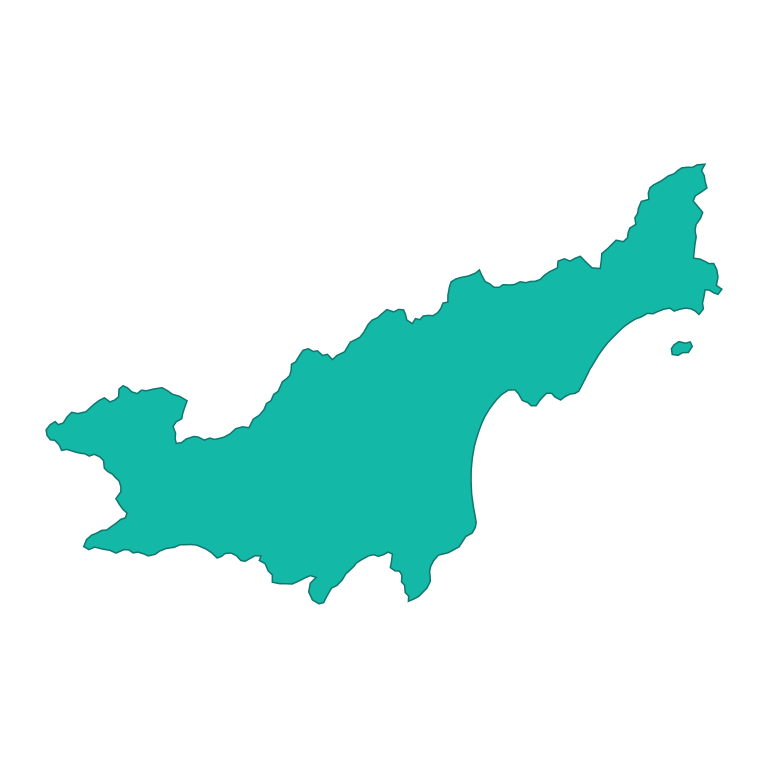 Caraguatatuba, São Paulo, Brazil (Albers equal-area conic projection)
{"feature_id": "56859067B58336972049996", "entity_name": "Caraguatatuba", "entity_type": "district", "adm_level": 2, "iso_a3": "BRA", "parent_name": "Brazil", "parent_adm1": "São Paulo", "projection": "albers", "projection_center": [-45.479, -23.62], "detail": "fine", "context": "isolated", "style": "filled", "palette": "teal", "viewbox_px": 768, "rotation_deg": 0, "n_neighbors": 0, "source": "geoboundaries", "source_scale": "gbopen_adm2", "svg_char_len": 4771}
<svg xmlns="http://www.w3.org/2000/svg" viewBox="0 0 768 768"><path d="M705.0,164.2L697.2,164.8L692.5,167.4L687.6,167.2L681.7,167.9L677.8,170.5L674.1,173.8L668.7,175.7L661.0,181.0L653.4,185.0L650.0,187.8L648.3,193.2L648.8,199.4L641.3,201.4L638.4,208.3L637.7,213.3L634.9,217.8L635.8,224.4L629.8,228.1L628.2,232.6L627.5,237.7L623.3,241.7L616.1,240.2L610.9,245.3L607.6,248.7L601.8,253.5L601.3,260.4L600.2,268.5L592.1,267.9L585.8,261.9L580.3,256.3L575.0,258.3L570.0,261.1L564.4,258.8L558.1,261.1L557.4,267.9L549.6,271.7L544.5,275.2L540.3,279.4L535.3,281.3L530.1,281.5L526.0,282.7L520.2,281.8L514.5,284.5L509.8,285.0L503.0,284.7L499.4,287.3L494.0,287.3L489.5,283.7L485.1,281.5L481.6,275.0L479.4,269.9L475.4,273.2L468.0,276.1L461.1,277.4L455.8,279.0L451.1,281.9L449.5,286.7L447.9,295.4L447.9,302.1L443.0,303.1L440.7,308.7L437.7,312.7L433.1,315.7L428.5,315.4L423.2,316.0L419.9,319.7L415.5,318.6L412.3,323.6L406.8,320.0L405.4,314.2L403.6,309.9L398.7,309.4L393.8,311.9L386.9,309.6L381.1,314.4L377.9,317.5L372.0,320.2L367.9,324.8L364.0,331.9L360.1,337.1L355.9,339.5L350.4,342.1L347.7,346.5L344.6,351.8L336.9,355.5L332.5,359.6L327.3,354.3L322.7,355.5L317.4,350.8L313.2,351.5L308.3,348.7L303.0,350.3L299.8,355.0L295.6,361.9L291.5,364.2L291.1,370.5L289.7,375.5L286.5,378.8L282.5,381.6L278.1,391.4L273.7,394.4L271.0,400.7L266.5,403.5L264.0,409.6L259.4,415.2L253.2,419.2L249.0,427.7L242.6,426.8L235.8,428.7L229.9,434.0L224.1,437.1L219.7,438.3L214.6,439.4L209.8,438.1L204.3,440.1L198.2,437.0L193.6,436.5L186.0,439.1L181.6,442.6L176.3,443.4L175.1,438.6L175.6,433.3L173.1,426.5L176.1,421.9L181.8,418.7L182.6,413.9L184.4,408.2L187.1,400.8L179.5,396.3L172.3,394.2L168.0,391.0L162.1,387.7L153.8,389.0L146.3,390.8L141.4,390.2L137.2,393.6L131.7,391.8L127.5,387.8L123.1,385.7L119.0,389.1L118.6,396.8L114.6,400.1L109.9,401.9L104.4,397.8L99.3,400.4L94.5,403.9L90.0,408.0L86.0,411.7L77.7,413.6L71.7,412.3L67.1,416.9L63.3,422.9L58.3,424.7L55.1,421.6L50.2,424.7L46.1,429.8L47.0,435.3L50.4,439.8L54.8,440.3L59.2,444.9L61.6,450.4L66.9,449.4L75.4,452.1L79.9,453.1L85.1,453.9L89.2,456.1L94.3,454.3L99.9,456.9L103.6,460.7L104.3,468.2L108.0,471.7L112.5,474.2L115.9,478.0L119.1,481.0L120.9,486.8L120.8,491.9L115.9,498.7L119.3,504.3L123.0,509.5L127.0,513.0L125.4,517.8L120.8,519.3L115.9,523.4L111.3,526.6L106.5,530.1L101.6,530.4L96.3,533.3L91.7,535.1L86.6,539.5L83.7,546.6L88.9,549.6L94.7,547.1L101.9,548.9L110.1,550.4L116.0,553.1L124.0,549.6L128.9,549.9L133.1,552.9L137.9,552.1L143.7,553.9L148.3,555.9L155.2,554.3L159.6,551.1L166.1,548.5L174.3,547.3L180.2,544.7L185.2,544.7L190.2,544.5L196.5,545.0L206.0,549.0L211.7,552.8L217.1,558.0L221.2,556.5L225.1,553.5L231.1,553.0L236.4,555.7L240.8,560.5L245.0,561.3L255.1,555.7L260.9,556.0L259.3,560.5L265.1,563.6L268.2,570.9L272.3,574.9L272.3,582.2L279.6,583.7L284.9,583.7L292.2,584.0L299.6,580.7L305.0,577.9L310.3,575.6L316.2,577.4L310.3,583.2L308.7,591.8L312.4,599.9L319.0,603.8L323.7,602.6L326.7,596.5L328.9,592.5L331.7,588.0L337.0,585.4L342.1,580.1L345.8,573.9L350.0,570.1L353.4,566.8L356.4,563.0L361.9,559.5L368.7,555.8L373.7,554.7L378.4,556.3L383.4,554.7L388.1,552.1L392.4,554.0L391.5,561.5L390.3,567.6L394.9,570.8L399.4,571.1L401.9,575.1L401.5,582.0L404.6,585.2L405.2,592.5L408.6,596.0L408.4,601.3L414.3,598.8L419.0,596.2L427.0,588.0L430.3,581.4L430.1,576.4L429.6,571.3L430.7,566.3L433.5,560.8L438.3,555.2L448.3,552.7L453.8,549.7L459.1,546.8L462.5,541.6L465.8,536.5L472.1,533.1L475.3,527.5L476.2,522.5L474.8,514.3L473.4,506.8L472.5,500.0L471.6,493.5L471.4,487.9L471.1,481.8L471.1,475.6L471.2,470.8L471.7,464.4L472.4,457.5L473.3,452.4L474.2,446.9L475.8,440.8L477.6,435.0L479.8,428.4L482.3,422.1L484.6,417.1L486.9,413.1L489.4,409.0L492.9,404.4L496.8,399.4L501.5,394.6L508.4,390.1L514.9,389.8L518.6,393.9L522.2,400.4L527.7,402.5L531.2,405.7L536.1,405.7L539.8,400.4L542.9,396.9L546.7,393.2L551.8,393.4L554.8,396.9L560.6,400.0L565.2,396.5L570.2,394.0L575.1,393.4L578.8,391.1L582.3,384.4L585.3,378.6L587.6,374.0L589.9,369.2L594.4,362.0L598.4,355.2L603.3,348.3L607.7,342.8L613.0,337.2L618.2,332.0L622.0,328.4L625.5,325.5L630.4,322.1L635.2,319.1L641.3,316.9L647.5,313.3L652.8,313.8L657.6,311.6L663.6,309.3L669.9,308.1L674.1,311.1L680.3,309.1L685.9,308.1L690.9,308.8L695.1,310.9L699.0,314.5L703.4,308.9L702.5,303.2L703.9,296.8L705.1,289.7L709.4,290.2L713.6,292.8L718.0,294.3L721.9,289.2L716.4,285.4L718.0,277.0L716.8,269.8L713.7,263.5L709.0,263.6L704.6,261.2L699.8,259.0L693.5,258.2L694.0,253.2L695.0,244.1L696.2,237.0L695.0,230.3L696.1,224.4L700.6,218.2L702.7,212.4L698.7,207.6L693.2,201.0L695.3,195.9L701.3,192.0L706.9,188.0L705.0,181.1L704.3,175.8L701.5,170.5L705.0,164.2ZM678.9,341.6L674.0,344.9L671.4,348.7L672.2,354.5L678.0,355.3L682.6,352.7L688.3,352.5L692.3,346.5L690.2,341.9L685.6,343.2L678.9,341.6Z" fill="#14b8a6" stroke="#0f766e" stroke-width="1.5"/></svg>